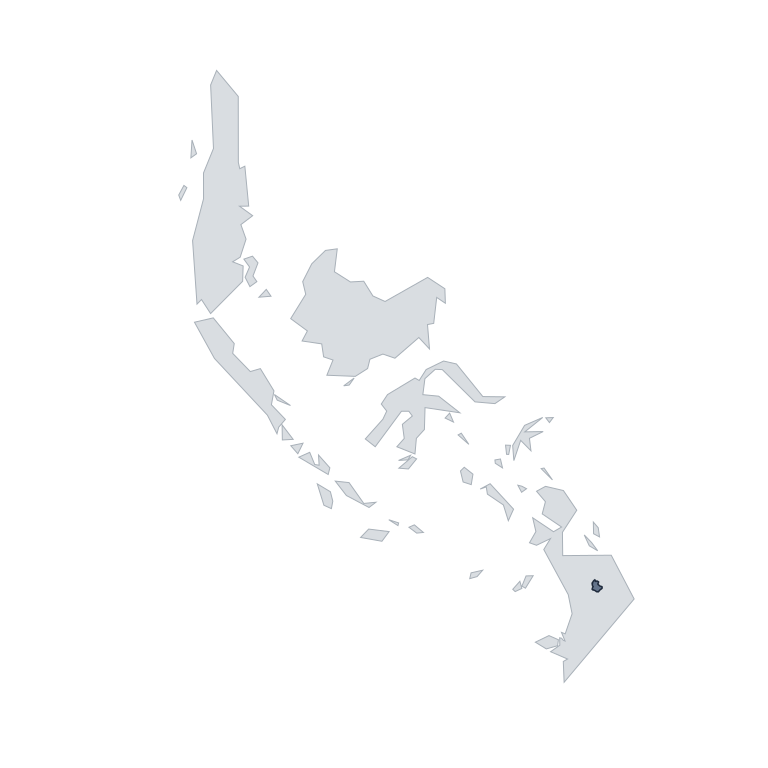 Tolikara, Papua, Indonesia shown in context, rotated 40°
{"feature_id": "22746128B10432975654062", "entity_name": "Tolikara", "entity_type": "district", "adm_level": 2, "iso_a3": "IDN", "parent_name": "Indonesia", "parent_adm1": "Papua", "projection": "natural_earth1", "projection_center": [138.342, -3.489], "detail": "fine", "context": "in_parent", "style": "filled", "palette": "slate", "viewbox_px": 768, "rotation_deg": 40, "n_neighbors": 0, "source": "geoboundaries", "source_scale": "gbopen_adm2", "svg_char_len": 5552}
<svg xmlns="http://www.w3.org/2000/svg" viewBox="0 0 768 768"><g transform="rotate(40 384 384)"><path d="M261.3,310.5L273.9,329.9L292.7,327.4L302.4,318.3L318.9,323.7L331.8,320.1L348.9,274.3L369.4,271.9L379.1,282.7L368.7,283.8L383.1,305.6L379.1,310.5L396.3,327.9L380.8,326.0L375.8,357.2L363.9,361.8L357.3,374.1L361.5,382.7L357.1,396.6L334.6,414.0L329.5,398.4L320.3,402.0L310.5,393.3L293.6,403.7L291.2,392.6L270.5,393.9L266.4,365.6L255.9,357.8L251.4,338.4L253.3,319.3L261.3,310.5ZM54.2,251.4L87.5,257.4L129.9,307.8L135.1,311.8L137.4,306.6L166.0,334.7L159.0,340.7L175.2,339.5L171.9,353.9L185.2,361.7L192.3,379.3L189.5,387.7L200.2,384.1L209.7,396.2L205.9,441.5L189.9,436.6L189.4,443.0L145.2,397.2L126.7,358.1L110.1,338.4L102.0,313.2L59.0,266.4L54.2,251.4ZM713.8,387.9L713.7,496.7L699.7,481.3L701.4,476.7L683.7,482.0L686.6,471.1L681.7,465.5L683.4,464.6L686.2,465.1L687.9,464.5L679.6,460.2L683.4,458.9L675.8,439.1L660.5,426.9L612.8,408.1L610.9,395.4L604.5,409.5L597.5,412.1L595.2,399.4L583.9,390.9L608.8,388.2L612.0,379.4L588.7,381.8L583.3,370.4L569.8,368.1L573.5,358.6L589.9,350.3L612.8,356.8L616.0,382.9L631.2,400.6L668.1,369.1L713.8,387.9ZM481.6,327.7L465.2,339.2L419.4,335.5L413.8,339.8L411.9,353.6L420.6,367.2L433.7,358.2L460.6,357.3L430.6,375.7L444.2,392.9L443.7,404.8L452.7,417.7L434.2,423.8L434.5,412.7L424.0,403.1L426.3,390.3L420.5,388.9L414.9,393.6L417.6,437.7L405.0,438.1L405.8,411.7L403.5,403.0L394.8,401.1L393.5,389.8L403.9,359.5L408.7,358.7L407.0,345.8L414.9,328.1L426.6,322.1L467.8,330.1L484.8,316.2L481.6,327.7ZM210.7,443.1L243.3,449.3L248.4,457.8L273.6,460.4L279.4,451.7L304.1,460.0L311.1,472.3L331.2,474.5L331.1,484.8L334.0,490.9L314.7,482.8L237.7,473.4L199.1,458.5L210.7,443.1ZM522.6,330.2L536.5,318.1L530.3,332.1L539.5,340.7L524.9,339.3L532.7,359.2L522.1,348.4L518.3,325.3L527.1,307.6L522.6,330.2ZM529.4,392.2L563.7,396.6L567.1,408.8L553.2,399.9L534.0,401.9L528.5,397.1L525.2,402.7L529.4,392.2ZM451.9,488.2L426.9,493.6L409.1,489.7L420.6,482.0L445.3,488.5L453.8,479.8L451.9,488.2ZM379.5,480.5L396.4,483.0L399.4,489.2L365.8,494.8L371.0,484.1L382.7,490.2L386.5,487.9L379.5,480.5ZM482.8,493.8L483.5,505.8L464.7,516.6L465.5,505.0L482.8,493.8ZM209.6,372.2L214.2,385.5L220.8,387.3L218.7,395.6L209.0,391.5L205.8,380.8L196.4,378.4L201.1,370.6L209.6,372.2ZM678.6,482.6L665.9,484.5L672.1,470.7L682.0,467.8L685.2,472.9L678.6,482.6ZM412.2,501.0L420.1,506.7L423.8,513.3L415.9,515.5L397.1,503.4L412.2,501.0ZM510.1,395.9L515.5,405.0L507.6,408.2L498.5,401.5L499.0,396.2L510.1,395.9ZM332.2,480.8L350.0,484.8L342.1,492.2L332.2,480.8ZM360.0,481.4L362.8,492.8L352.3,491.2L360.0,481.4ZM241.0,389.4L232.4,397.9L233.0,387.2L241.0,389.4ZM621.5,435.0L623.6,449.5L619.6,450.2L616.2,439.7L621.5,435.0ZM326.2,460.6L312.6,465.0L306.8,462.5L326.2,460.6ZM457.1,420.4L457.3,433.4L449.5,438.9L452.4,421.5L457.1,420.4ZM80.1,320.5L92.4,328.1L90.7,334.9L80.1,320.5ZM110.2,374.0L105.3,371.2L103.1,360.5L106.8,360.3L110.2,374.0ZM574.8,478.0L572.1,472.7L579.3,463.2L579.1,471.7L574.8,478.0ZM560.6,345.5L574.7,349.2L558.8,347.8L560.6,345.5ZM474.8,372.0L487.8,375.7L473.5,375.4L474.8,372.0ZM451.1,426.7L444.3,433.2L450.2,421.5L451.1,426.7ZM633.1,355.2L640.5,356.4L647.4,362.6L640.8,364.0L633.1,355.2ZM509.6,472.4L504.9,477.2L495.2,477.7L497.8,472.4L509.6,472.4ZM621.0,452.0L617.9,458.7L614.6,458.5L614.9,447.8L621.0,452.0ZM528.7,372.1L520.2,373.2L517.8,370.9L521.4,366.6L528.7,372.1ZM634.4,370.9L644.9,372.0L654.9,374.4L645.3,376.0L634.4,370.9ZM453.0,364.1L461.7,368.5L452.7,370.8L453.0,364.1ZM535.5,307.2L529.7,305.9L535.2,300.9L535.5,307.2ZM474.9,484.9L484.5,481.0L485.7,483.5L474.9,484.9ZM560.5,372.6L559.0,378.5L551.6,375.5L555.3,373.7L560.5,372.6ZM358.0,407.2L354.3,411.3L357.3,398.6L358.0,407.2ZM520.3,349.7L524.8,357.8L523.1,359.1L516.4,352.7L520.3,349.7Z" fill="#d9dde1" stroke="#a8b0b8" stroke-width="1"/><path d="M679.7,406.5L680.0,406.5L680.3,406.5L680.4,406.4L680.6,406.2L680.8,406.2L681.0,406.1L681.1,405.9L681.3,405.7L681.5,405.5L681.6,405.4L681.7,405.2L681.8,405.2L681.8,404.8L681.8,404.6L681.8,404.4L681.8,403.9L681.8,403.1L681.8,402.9L681.9,402.5L681.9,402.3L682.0,402.0L682.1,401.5L682.3,401.2L682.2,401.0L682.2,400.9L682.2,400.6L682.2,400.4L682.3,400.2L681.9,399.7L681.5,399.3L681.4,399.2L681.2,399.2L680.8,399.3L680.2,399.6L679.7,399.8L679.2,400.0L678.7,400.0L678.4,400.0L678.1,400.0L677.7,399.9L677.3,399.9L677.0,399.9L676.9,399.9L676.8,400.0L676.6,399.9L676.4,399.8L676.2,399.4L676.1,399.0L676.1,398.8L675.9,398.3L675.9,398.2L675.6,397.7L675.4,397.7L675.2,397.7L674.9,397.7L674.8,397.8L674.3,397.9L674.0,397.9L673.9,398.0L673.5,398.3L673.4,398.4L673.4,398.6L673.3,398.9L673.3,399.0L673.2,399.1L672.8,399.2L672.7,399.0L672.6,398.9L672.3,398.8L672.2,398.8L671.9,398.7L671.7,398.5L671.4,398.5L671.4,398.9L671.3,399.1L671.2,399.3L671.1,399.6L671.2,400.0L671.1,400.4L671.1,400.5L671.2,400.8L671.3,400.8L671.3,401.1L671.3,401.3L671.3,401.5L671.3,401.9L671.4,402.1L671.5,402.3L671.4,402.4L671.4,402.6L671.6,402.6L671.9,402.7L672.0,402.9L671.9,403.2L672.0,403.3L672.1,403.5L672.3,403.6L672.5,403.8L672.8,403.9L672.9,404.0L673.0,404.1L673.2,404.3L673.3,404.4L673.3,404.5L673.5,404.6L673.8,404.6L674.1,404.7L674.3,404.7L674.3,404.8L674.5,405.2L674.5,405.3L674.6,405.5L674.7,405.8L674.7,406.0L674.8,406.2L674.8,406.3L674.9,406.5L675.0,406.7L675.0,406.8L675.2,407.1L675.3,407.4L675.5,407.4L675.9,407.4L676.2,407.5L676.3,407.5L676.5,407.5L676.6,407.4L676.8,407.0L677.0,407.0L677.3,407.0L677.4,406.9L677.6,406.9L677.8,406.8L678.0,406.7L678.3,406.6L678.5,406.5L679.0,406.6L679.4,406.5L679.6,406.5L679.7,406.5Z" fill="#64748b" stroke="#1e293b" stroke-width="1.5"/></g></svg>